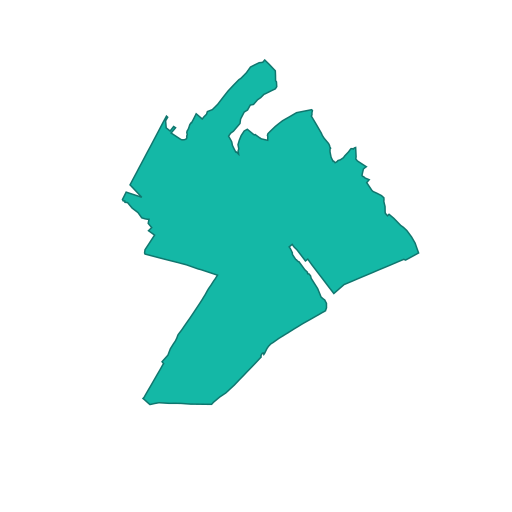 outline of Tenango del Aire, México, Mexico, rotated 296°
{"feature_id": "50627088B51440180010227", "entity_name": "Tenango del Aire", "entity_type": "district", "adm_level": 2, "iso_a3": "MEX", "parent_name": "Mexico", "parent_adm1": "México", "projection": "robinson", "projection_center": [-98.865, 19.149], "detail": "fine", "context": "isolated", "style": "filled", "palette": "teal", "viewbox_px": 512, "rotation_deg": 296, "n_neighbors": 0, "source": "geoboundaries", "source_scale": "gbopen_adm2", "svg_char_len": 5014}
<svg xmlns="http://www.w3.org/2000/svg" viewBox="0 0 512 512"><g transform="rotate(296 256 256)"><path d="M436.0,177.9L433.0,177.1L431.1,174.1L427.3,171.1L423.4,168.2L416.3,167.0L409.2,164.6L406.9,163.3L405.1,162.7L399.4,160.8L392.3,158.6L388.2,157.7L383.5,156.7L375.6,155.1L368.4,152.6L364.5,149.0L361.7,149.4L358.3,148.2L355.6,147.6L357.3,141.1L357.6,139.9L357.1,139.9L350.1,139.8L348.5,139.7L347.5,139.7L347.5,139.4L347.2,139.2L346.4,139.1L345.8,139.1L345.4,138.9L344.5,139.0L343.7,139.1L342.5,139.3L340.2,139.5L339.0,139.4L338.3,139.3L337.8,139.4L337.3,139.5L336.6,139.7L335.6,140.5L335.0,141.0L334.5,141.0L333.7,141.1L333.1,141.3L332.3,141.9L331.5,142.0L330.8,142.0L330.0,141.5L329.4,141.0L328.7,140.0L328.5,139.6L328.2,139.1L328.1,138.6L327.8,138.0L327.9,136.7L329.3,125.8L336.0,127.5L336.3,125.2L330.7,124.0L331.8,119.1L337.9,115.5L342.0,115.8L342.5,114.2L335.3,113.9L328.2,113.7L324.7,113.6L321.6,113.5L315.4,113.3L308.4,113.1L301.5,112.8L294.6,112.6L288.4,112.4L283.6,112.2L279.4,112.1L271.4,111.8L264.7,111.6L261.7,119.6L258.7,127.6L256.5,111.3L248.2,111.2L247.3,112.5L247.9,114.0L246.8,114.7L247.7,117.1L244.7,123.8L243.3,130.9L240.2,136.6L240.8,140.1L241.5,142.5L242.1,143.7L238.1,144.8L235.8,149.8L231.6,148.3L230.3,155.7L225.0,155.0L220.7,154.5L213.0,153.5L209.9,154.5L209.1,155.4L210.6,163.0L212.9,174.5L215.3,185.9L217.6,197.4L219.0,209.7L219.6,212.5L221.9,229.8L217.2,229.3L215.0,228.9L212.4,228.6L209.7,228.3L208.0,228.0L206.1,227.7L203.8,227.5L199.3,227.3L198.1,227.2L195.3,226.9L193.8,226.8L188.7,226.2L181.2,225.2L177.4,224.7L170.3,223.7L168.0,223.3L160.9,222.2L157.3,221.7L151.3,220.5L150.4,220.5L147.5,220.8L144.1,220.8L140.9,220.3L139.9,220.2L135.1,219.7L128.3,220.3L124.0,219.1L119.8,217.9L118.7,220.2L117.2,219.9L111.5,219.6L106.4,219.2L100.5,218.8L93.1,218.3L89.5,218.0L82.4,217.5L80.0,217.4L78.4,216.9L78.2,217.8L76.3,224.5L76.0,225.8L79.1,229.7L81.6,233.1L85.5,242.5L88.5,248.6L90.6,253.1L94.4,262.6L94.5,262.7L98.0,270.1L99.7,273.7L103.2,281.1L105.9,281.9L111.1,284.2L111.4,284.3L112.4,284.8L113.2,285.1L119.7,288.9L123.3,290.3L130.5,293.1L136.9,295.1L144.1,297.5L147.7,298.6L151.3,299.8L158.4,302.1L162.9,303.5L167.5,304.9L168.3,304.1L171.4,304.3L172.0,305.2L171.0,306.2L172.3,306.4L173.4,306.4L175.3,306.4L176.9,306.4L177.8,306.4L178.7,306.6L179.7,306.7L180.7,306.9L181.7,307.3L183.0,307.6L184.4,308.4L185.0,308.8L185.8,309.3L191.9,312.6L197.9,316.4L202.3,319.2L203.3,319.8L205.5,321.2L206.2,321.6L208.1,322.8L211.3,324.9L213.9,326.5L216.2,328.0L223.1,332.8L225.0,334.1L226.2,334.9L231.3,338.4L234.6,340.6L235.1,341.0L235.5,341.3L237.3,342.5L238.0,342.3L238.5,342.2L238.7,342.3L239.0,342.2L240.3,342.1L244.3,340.1L246.7,336.9L246.8,335.7L247.5,333.1L247.7,332.4L250.8,329.0L253.8,325.6L255.9,322.2L260.1,315.4L262.1,313.7L263.1,311.5L262.7,310.2L264.0,309.3L265.1,305.8L267.4,301.5L269.7,297.1L269.5,296.4L269.9,294.8L270.3,294.2L270.3,293.2L273.4,288.0L274.9,287.2L275.1,286.9L276.4,285.3L277.8,283.5L278.7,281.8L282.3,283.4L280.7,286.5L279.6,289.9L276.9,295.3L274.5,300.1L273.2,302.6L275.9,303.9L272.6,310.0L268.9,317.4L264.2,326.8L260.1,334.9L256.4,342.4L260.2,344.0L264.7,345.9L269.2,347.8L269.4,348.1L275.1,353.1L280.8,358.0L286.5,363.0L292.2,368.0L297.9,372.9L300.7,375.4L306.4,380.4L312.1,385.3L317.8,390.3L317.9,392.2L323.9,396.5L330.0,400.8L334.3,396.4L337.3,393.4L341.3,387.5L345.0,380.4L346.4,375.9L346.9,372.7L350.3,363.3L351.8,357.3L349.8,356.6L350.5,354.9L350.9,354.0L351.2,353.4L351.7,353.1L352.1,352.8L357.0,350.3L357.5,349.9L359.9,347.9L360.7,347.3L361.3,346.8L361.5,346.7L361.8,346.6L362.2,346.6L364.4,345.4L365.3,342.3L365.4,337.5L365.4,337.1L365.3,333.0L365.7,331.5L370.5,323.3L374.2,324.3L373.9,319.9L374.5,317.9L374.3,316.9L374.9,315.9L378.6,315.0L381.3,314.4L383.5,315.4L384.6,316.0L384.9,313.4L385.9,305.4L387.0,303.1L389.0,302.5L397.2,298.0L396.2,297.0L394.7,296.5L394.8,295.7L394.4,294.9L394.2,294.4L393.2,294.1L390.0,293.5L385.0,291.9L382.7,291.5L379.5,289.7L377.7,287.8L376.4,287.5L374.5,286.2L375.3,284.2L374.9,283.8L376.8,281.3L377.7,280.2L378.3,279.7L381.1,277.6L382.0,276.9L382.8,276.5L384.7,275.6L385.6,275.8L386.3,274.6L387.6,273.6L388.9,271.9L391.7,265.6L393.4,262.8L395.1,260.8L398.2,256.2L400.5,252.8L406.0,244.4L407.4,244.4L409.2,243.5L411.4,243.0L411.9,241.9L407.3,235.8L402.6,229.6L399.0,227.2L395.4,224.8L391.8,222.3L389.1,220.5L384.6,218.3L381.0,216.6L374.5,214.2L371.2,213.1L369.4,213.4L368.6,214.2L365.1,215.8L363.6,209.3L363.9,207.8L363.8,207.6L364.8,202.0L364.1,201.5L364.1,201.0L366.1,192.6L365.6,192.3L363.2,190.6L357.8,189.9L353.0,190.2L348.2,191.0L344.8,193.5L342.5,193.9L339.9,195.7L340.8,193.2L340.7,193.2L340.5,192.3L342.8,189.2L345.1,186.3L347.9,184.2L349.1,182.6L351.7,178.8L355.3,179.4L358.3,181.0L363.4,182.3L368.1,183.5L372.4,182.1L380.2,182.3L383.5,184.4L389.2,184.7L391.1,187.3L397.1,188.9L400.4,190.8L404.9,192.3L405.6,193.0L411.7,197.7L414.7,200.1L417.3,200.4L421.4,198.1L421.5,198.0L422.2,196.7L426.6,194.5L430.9,192.2L432.4,188.2L434.1,183.7L436.0,177.9Z" fill="#14b8a6" stroke="#0f766e" stroke-width="1.5"/></g></svg>